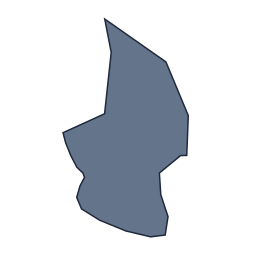 the border of Jervis Bay Territory, rotated 101°
{"feature_id": "AUS-1932", "entity_name": "Jervis Bay Territory", "entity_type": "Territory", "adm_level": 1, "iso_a3": "AUS", "parent_name": "Australia", "parent_adm1": "", "projection": "mercator", "projection_center": [150.718, -35.16], "detail": "fine", "context": "isolated", "style": "filled", "palette": "slate", "viewbox_px": 256, "rotation_deg": 101, "n_neighbors": 0, "source": "natural_earth", "source_scale": "10m", "svg_char_len": 447}
<svg xmlns="http://www.w3.org/2000/svg" viewBox="0 0 256 256"><g transform="rotate(101 128 128)"><path d="M143.7,65.1L145.0,71.1L166.2,88.6L187.2,83.1L207.4,71.8L226.0,71.1L230.5,84.9L229.5,110.4L224.0,138.0L216.3,158.2L205.9,165.1L194.2,164.1L184.7,161.3L180.8,163.7L176.3,170.7L166.0,178.9L154.4,186.4L145.0,190.9L118.5,153.7L57.0,158.9L25.5,171.6L55.9,103.4L104.3,71.2L143.7,65.1Z" fill="#64748b" stroke="#1e293b" stroke-width="1.5"/></g></svg>